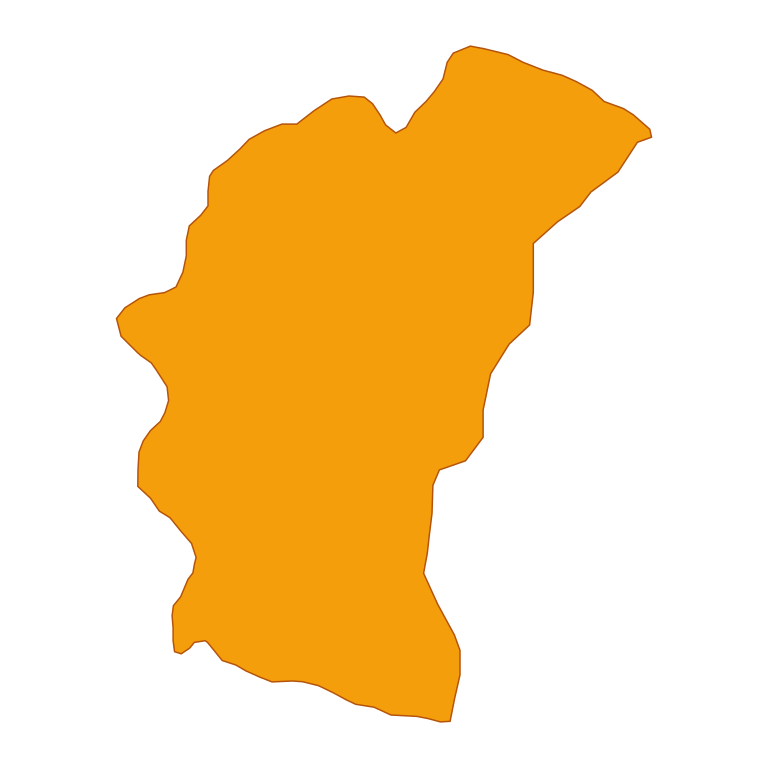 Julfa District, Culfa, Azerbaijan
{"feature_id": "54616110B53393721771174", "entity_name": "Julfa District", "entity_type": "district", "adm_level": 2, "iso_a3": "AZE", "parent_name": "Azerbaijan", "parent_adm1": "Culfa", "projection": "natural_earth1", "projection_center": [45.681, 39.144], "detail": "fine", "context": "isolated", "style": "filled", "palette": "amber", "viewbox_px": 768, "rotation_deg": 0, "n_neighbors": 0, "source": "geoboundaries", "source_scale": "gbopen_adm2", "svg_char_len": 1688}
<svg xmlns="http://www.w3.org/2000/svg" viewBox="0 0 768 768"><path d="M651.5,137.2L649.8,129.3L633.4,114.9L623.5,108.6L604.1,101.5L592.3,90.4L576.3,81.6L562.2,75.3L542.8,70.1L523.0,62.3L508.1,54.6L486.0,49.2L485.3,49.0L470.4,46.1L453.3,53.1L447.2,62.3L443.0,79.0L434.3,91.6L426.3,101.2L414.8,112.3L406.1,127.4L395.8,133.0L385.5,124.8L380.2,115.2L372.6,103.8L364.2,97.1L349.0,96.0L331.8,99.0L313.9,110.8L296.8,124.1L281.9,124.1L264.4,130.8L249.2,139.3L240.0,148.9L227.5,160.4L213.4,170.4L209.6,176.3L208.0,191.5L208.0,205.9L200.8,215.2L189.3,225.9L186.3,240.3L186.3,255.9L182.9,272.2L176.0,287.0L164.6,292.6L149.3,294.8L139.4,298.5L124.9,307.8L116.5,318.5L121.1,336.3L137.5,352.6L140.9,355.6L151.3,362.9L156.1,369.7L167.1,386.8L168.6,400.6L164.9,412.7L160.3,421.5L153.8,427.5L150.3,430.8L143.2,441.0L139.0,452.1L138.0,469.7L137.8,486.4L150.5,498.2L159.3,511.1L170.0,517.7L181.0,531.3L191.5,543.4L196.1,557.4L194.4,564.3L192.9,572.9L188.0,579.3L184.8,586.9L180.7,596.7L173.4,605.7L172.1,615.7L173.1,627.9L173.1,640.7L174.5,651.2L174.6,651.7L181.2,653.8L189.7,648.1L194.3,642.4L205.3,640.7L207.5,642.4L213.9,650.2L222.2,660.5L235.8,665.0L246.1,671.0L260.5,677.4L272.0,681.9L292.2,681.0L302.5,681.7L318.6,685.7L333.5,692.9L346.2,699.8L355.7,704.3L374.0,707.2L390.9,715.0L417.0,716.4L428.2,718.6L440.4,721.9L450.1,721.3L454.4,699.5L460.0,674.9L460.0,650.4L454.4,635.0L437.6,604.1L423.6,573.3L427.3,553.3L429.2,536.1L432.0,513.4L432.9,485.3L439.4,469.9L465.5,460.8L483.1,437.3L483.1,410.1L490.6,373.8L509.2,344.0L529.6,325.0L533.3,292.4L533.3,260.7L533.3,243.5L557.5,221.8L579.8,206.5L590.9,192.0L617.9,172.1L637.4,142.3L651.5,137.2Z" fill="#f59e0b" stroke="#b45309" stroke-width="1.5"/></svg>